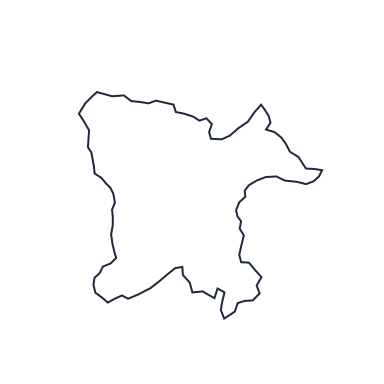 Presidente Castello Branco, Santa Catarina, Brazil (orthographic projection), rotated 247°
{"feature_id": "56859067B89740019221326", "entity_name": "Presidente Castello Branco", "entity_type": "district", "adm_level": 2, "iso_a3": "BRA", "parent_name": "Brazil", "parent_adm1": "Santa Catarina", "projection": "orthographic", "projection_center": [-51.785, -27.238], "detail": "fine", "context": "isolated", "style": "outline", "palette": "slate", "viewbox_px": 384, "rotation_deg": 247, "n_neighbors": 0, "source": "geoboundaries", "source_scale": "gbopen_adm2", "svg_char_len": 1551}
<svg xmlns="http://www.w3.org/2000/svg" viewBox="0 0 384 384"><g transform="rotate(247 192 192)"><path d="M154.3,308.1L156.7,314.9L161.2,320.3L165.5,313.4L169.1,306.0L176.0,304.8L182.5,303.7L190.8,297.9L199.6,297.2L207.0,295.6L215.0,291.3L220.5,284.6L225.1,291.3L232.0,292.3L238.9,291.2L245.4,289.7L241.0,280.6L234.9,270.9L232.6,259.6L229.1,248.8L228.9,239.9L233.6,230.2L240.5,231.2L246.7,236.8L254.2,234.1L254.8,226.7L261.1,222.4L267.1,215.4L271.9,208.4L279.7,209.1L284.9,201.8L290.2,194.5L290.6,186.6L295.4,179.0L299.4,171.6L307.5,167.1L311.3,156.0L316.5,149.4L321.1,143.5L318.8,136.9L315.5,128.7L308.3,118.5L299.8,120.0L289.1,121.4L280.4,117.0L273.9,113.7L267.6,114.8L261.5,113.4L254.2,111.8L247.1,109.6L240.4,114.1L233.5,116.2L227.8,118.5L221.2,118.9L212.4,116.9L207.0,111.5L199.8,109.3L192.1,105.9L184.4,100.9L175.6,98.6L167.2,97.1L160.9,96.4L158.0,89.0L158.2,80.9L153.4,75.3L151.1,68.7L145.1,65.0L137.0,63.7L130.4,67.7L123.1,71.3L123.9,78.3L124.1,87.1L118.7,91.5L118.7,102.3L119.7,115.9L122.6,127.0L125.8,137.3L128.5,146.8L126.8,153.8L119.1,151.2L109.5,154.5L99.4,153.1L96.3,163.0L90.9,167.0L85.5,171.2L93.2,177.8L86.9,182.7L79.4,177.1L72.1,172.4L62.9,172.2L65.2,184.7L71.9,190.7L71.2,197.8L68.5,205.5L72.2,214.6L80.7,215.0L86.5,222.7L95.1,219.7L104.7,216.8L108.2,209.8L115.8,211.0L124.3,217.1L131.7,222.7L139.6,221.6L145.9,225.7L152.1,224.3L158.2,225.6L164.1,231.5L166.8,239.2L172.7,241.1L176.0,247.0L177.3,256.2L176.9,265.8L173.4,275.7L166.2,282.0L160.3,292.6L154.7,300.1L154.3,308.1Z" fill="none" stroke="#1e293b" stroke-width="2"/></g></svg>